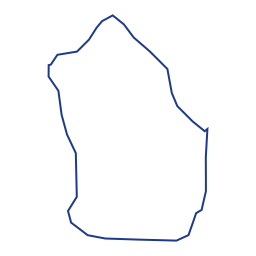 Surahammar, Västmanland, Sweden (Albers equal-area conic projection)
{"feature_id": "70781695B32854023437758", "entity_name": "Surahammar", "entity_type": "district", "adm_level": 2, "iso_a3": "SWE", "parent_name": "Sweden", "parent_adm1": "Västmanland", "projection": "albers", "projection_center": [16.134, 59.804], "detail": "fine", "context": "isolated", "style": "outline", "palette": "blue", "viewbox_px": 256, "rotation_deg": 0, "n_neighbors": 0, "source": "geoboundaries", "source_scale": "gbopen_adm2", "svg_char_len": 551}
<svg xmlns="http://www.w3.org/2000/svg" viewBox="0 0 256 256"><path d="M48.7,65.1L48.6,76.6L58.4,90.8L61.6,114.8L67.0,134.5L75.8,153.1L76.8,196.8L68.0,211.0L71.1,222.6L87.7,235.2L105.2,238.5L117.5,238.9L138.1,239.6L176.5,240.6L188.5,235.1L193.0,222.3L196.1,213.2L201.6,209.9L205.9,191.3L205.9,177.1L205.8,157.4L207.4,129.0L204.7,131.2L192.6,121.4L177.3,106.1L171.8,93.0L167.4,69.0L150.0,51.6L133.7,37.5L123.9,24.4L112.7,15.4L102.1,21.1L96.6,27.7L89.0,39.6L77.0,51.6L57.4,54.8L50.8,64.6L48.7,65.1Z" fill="none" stroke="#1e3a8a" stroke-width="2"/></svg>